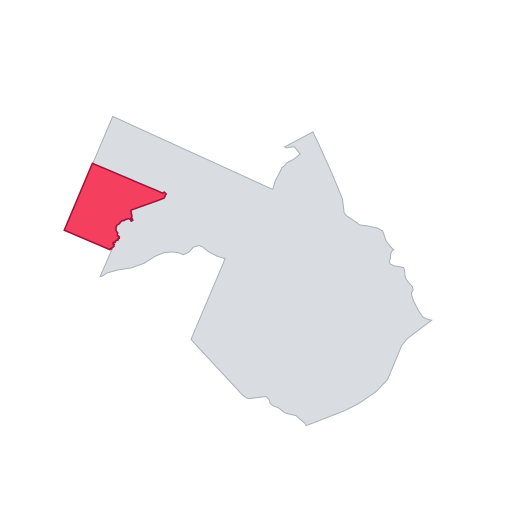 San Andrés, Petén, Guatemala (highlighted), rotated 293°
{"feature_id": "79465075B48357778365605", "entity_name": "San Andrés", "entity_type": "district", "adm_level": 2, "iso_a3": "GTM", "parent_name": "Guatemala", "parent_adm1": "Petén", "projection": "equal_earth", "projection_center": [-90.564, 17.38], "detail": "fine", "context": "in_parent", "style": "filled", "palette": "rose", "viewbox_px": 512, "rotation_deg": 293, "n_neighbors": 0, "source": "geoboundaries", "source_scale": "gbopen_adm2", "svg_char_len": 5598}
<svg xmlns="http://www.w3.org/2000/svg" viewBox="0 0 512 512"><g transform="rotate(293 256 256)"><path d="M119.5,368.5L121.3,366.1L122.8,360.7L124.7,355.1L123.5,348.7L122.9,343.4L125.0,335.8L124.8,330.1L125.8,326.6L128.9,324.3L130.5,320.0L121.8,305.0L121.8,301.6L123.0,297.4L130.1,281.4L138.7,262.3L148.1,241.4L153.8,228.8L174.4,228.7L188.0,228.7L205.3,228.7L224.1,228.7L236.4,228.7L241.5,228.5L240.6,220.3L241.3,211.3L243.5,203.1L243.5,199.5L239.8,195.0L232.7,192.4L228.8,188.5L228.8,183.5L227.0,177.5L223.6,170.5L216.4,163.3L205.6,155.9L196.4,146.0L188.7,133.6L182.3,125.6L177.4,122.3L176.2,120.5L190.7,120.7L204.4,120.8L204.6,103.1L204.6,87.3L204.7,69.5L229.6,69.5L259.3,69.6L290.1,69.6L314.3,69.6L328.5,69.6L327.9,91.7L327.2,117.3L326.7,136.1L326.0,161.3L325.4,187.0L324.4,222.1L323.8,244.8L324.1,245.4L332.2,244.3L344.2,245.3L347.2,245.2L350.8,247.2L353.7,247.8L359.8,252.9L367.0,256.8L371.5,248.9L369.1,244.2L367.3,241.8L367.6,239.7L392.5,260.0L389.6,263.1L383.3,270.3L371.8,282.7L361.6,293.7L351.7,303.8L342.8,312.8L341.7,313.7L330.4,320.1L328.5,323.1L326.1,335.9L325.0,339.0L327.1,346.1L329.2,357.1L328.5,362.8L320.7,369.9L317.1,376.2L315.5,380.3L314.1,379.3L311.7,379.0L306.1,380.6L303.4,380.9L301.1,382.7L300.9,386.7L302.4,393.1L303.0,396.4L301.4,397.9L294.5,401.8L291.8,405.6L289.2,411.5L286.2,414.0L283.0,413.5L280.8,414.4L276.0,418.8L268.8,427.4L264.9,433.8L264.8,438.5L265.6,442.8L239.3,427.7L230.6,425.1L193.8,425.4L178.0,419.5L160.0,408.0L147.8,397.6L119.5,368.5Z" fill="#d9dde1" stroke="#a8b0b8" stroke-width="1"/><path d="M279.0,146.7L278.9,146.7L278.6,146.3L278.3,146.2L278.2,146.0L278.0,145.9L277.9,145.8L277.4,145.4L277.4,143.8L277.5,138.1L277.4,128.4L277.5,126.5L277.4,125.9L277.4,113.7L277.5,103.3L277.4,103.0L277.4,69.2L204.8,69.4L204.8,94.9L204.8,118.5L205.1,118.5L205.3,119.2L205.4,119.4L205.6,119.8L205.7,120.0L205.8,120.1L205.9,119.6L206.0,119.5L206.1,119.4L206.2,119.5L206.3,119.7L206.4,119.9L206.6,120.0L206.8,120.0L207.1,120.3L207.4,120.2L207.5,120.2L207.6,120.4L207.7,120.5L208.0,120.8L208.3,120.8L208.6,121.1L208.9,121.2L209.1,121.3L209.4,121.4L209.5,121.5L209.8,121.4L210.0,121.0L210.1,120.9L210.7,120.9L210.9,120.9L210.9,120.6L210.8,120.4L210.9,120.2L211.0,120.2L211.1,120.3L211.1,119.9L211.2,119.7L211.3,119.8L211.4,120.1L211.5,120.1L211.8,119.9L212.0,119.8L212.3,119.9L212.4,119.4L212.5,119.3L212.6,119.5L212.7,119.8L212.8,119.8L212.8,119.6L213.0,119.6L213.1,119.8L213.1,120.0L213.1,120.3L213.3,120.5L213.5,120.5L213.5,120.8L213.4,120.8L213.3,121.0L213.5,121.1L213.9,121.1L214.2,121.1L214.3,121.1L214.5,120.9L214.7,120.7L214.9,120.7L215.2,120.8L215.4,121.1L215.7,121.4L215.9,121.6L216.0,121.8L216.3,121.9L216.4,122.2L216.5,122.4L216.5,122.6L216.9,122.4L217.1,122.1L217.4,121.9L217.5,121.9L217.5,122.3L217.6,122.5L217.8,122.7L218.0,122.7L218.3,122.8L218.5,123.1L218.8,123.2L219.1,123.1L219.2,122.9L219.3,122.7L219.4,122.8L219.5,122.9L219.5,123.0L219.8,122.9L220.0,122.6L220.3,122.6L220.3,122.4L220.2,122.2L220.3,122.1L220.5,122.1L220.7,121.5L220.7,121.3L220.6,121.1L220.5,120.9L220.5,120.7L220.9,120.4L221.0,120.2L221.6,119.9L222.1,119.8L222.4,119.9L222.6,119.9L222.8,119.8L223.1,119.7L223.4,119.5L223.6,119.3L223.7,119.1L223.8,118.5L223.9,118.2L224.3,117.8L224.7,117.4L224.8,117.3L224.9,117.0L225.1,116.9L225.6,116.7L226.1,116.6L226.4,116.6L226.5,116.6L226.8,116.3L227.2,116.1L227.5,115.9L228.2,115.8L228.4,115.7L228.5,115.6L228.4,115.9L228.4,116.0L228.5,116.1L228.7,115.9L228.8,115.8L229.1,115.9L229.4,115.9L229.6,115.9L230.1,116.0L230.6,116.1L230.8,116.2L230.9,116.4L231.1,116.8L231.3,117.0L231.5,117.1L231.8,117.2L232.0,117.3L232.2,117.5L232.7,117.8L232.8,117.8L232.9,117.7L233.1,117.7L233.4,117.8L234.0,117.9L234.4,118.0L234.5,118.0L234.8,118.3L235.0,118.5L235.4,118.6L235.5,118.7L235.7,118.8L236.0,118.8L236.2,119.0L236.3,119.2L236.4,119.4L236.5,119.7L236.8,119.7L236.9,119.8L236.8,120.0L237.0,120.1L237.1,120.4L237.1,120.5L237.3,120.7L237.3,120.8L237.5,120.8L237.9,121.1L238.0,121.2L238.1,121.5L238.3,121.7L238.5,121.7L238.9,121.9L239.0,122.2L239.3,122.6L239.6,122.9L239.9,123.4L240.1,123.6L240.5,124.1L240.5,124.3L240.6,124.6L240.6,124.9L240.7,125.1L240.7,125.5L240.5,125.8L240.7,126.0L240.8,126.3L240.8,126.5L240.7,126.8L240.5,127.0L240.4,127.0L240.2,126.9L239.9,126.9L239.8,127.0L239.6,127.0L239.4,127.2L239.3,127.4L239.3,127.5L239.5,127.9L239.6,128.0L239.8,128.0L239.9,127.9L240.2,128.0L240.3,127.9L240.7,127.9L240.8,128.0L240.9,128.3L240.9,128.5L241.0,128.6L241.1,128.4L241.1,128.2L241.3,127.8L241.3,127.7L241.3,127.0L241.4,126.9L241.6,126.9L241.7,126.7L241.7,126.4L241.8,126.4L241.9,126.5L242.0,126.6L242.0,126.3L242.1,126.2L242.4,126.2L242.5,126.2L243.0,126.4L243.3,126.5L243.7,126.3L244.0,126.3L244.3,126.1L244.5,126.0L244.8,125.9L245.3,125.7L245.6,125.3L245.9,125.0L246.0,124.7L246.3,124.6L246.5,124.6L246.8,124.5L247.2,124.3L247.3,124.2L247.7,123.8L247.9,123.6L248.1,123.6L248.4,123.5L248.5,123.5L248.9,123.2L249.2,123.1L249.3,123.0L249.7,123.3L250.0,123.7L250.5,124.3L251.3,125.1L251.5,125.3L252.1,126.0L252.4,126.4L252.9,126.9L253.0,126.9L253.6,127.6L255.4,129.5L255.7,129.9L255.8,129.9L256.4,130.6L256.8,131.1L257.1,131.4L258.0,132.4L259.2,133.7L259.4,133.8L260.1,134.6L260.7,135.3L261.2,135.8L263.7,138.6L264.6,139.5L265.2,140.1L266.1,141.2L266.6,141.7L267.0,142.1L267.9,143.1L271.8,147.2L271.9,147.3L272.0,147.4L272.4,147.8L273.2,148.6L273.4,148.8L273.8,148.8L274.3,148.8L274.7,148.9L274.9,148.9L275.0,149.0L275.3,149.0L275.8,148.8L276.0,148.7L276.4,148.8L277.0,148.9L277.3,149.0L277.7,149.2L277.9,149.2L278.1,148.7L278.4,148.2L278.7,147.4L278.8,147.1L279.0,146.8L279.0,146.7Z" fill="#f43f5e" stroke="#9f1239" stroke-width="1.5"/></g></svg>